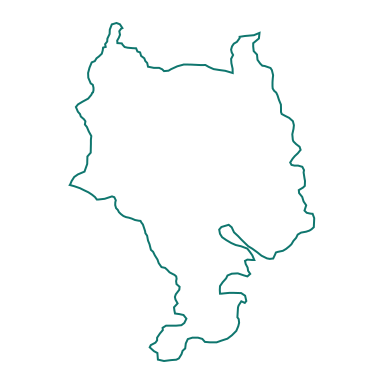 Aradippou, Larnaca, Cyprus
{"feature_id": "46923920B78088096679659", "entity_name": "Aradippou", "entity_type": "district", "adm_level": 2, "iso_a3": "CYP", "parent_name": "Cyprus", "parent_adm1": "Larnaca", "projection": "albers", "projection_center": [33.576, 34.95], "detail": "fine", "context": "isolated", "style": "outline", "palette": "teal", "viewbox_px": 384, "rotation_deg": 0, "n_neighbors": 0, "source": "geoboundaries", "source_scale": "gbopen_adm2", "svg_char_len": 4015}
<svg xmlns="http://www.w3.org/2000/svg" viewBox="0 0 384 384"><path d="M69.8,185.0L74.2,186.2L80.0,188.2L83.8,190.1L88.4,192.3L92.2,194.8L95.0,197.1L96.8,199.5L98.5,199.5L104.7,198.8L112.0,196.4L114.3,197.2L115.8,200.3L115.3,202.3L115.2,205.1L116.1,208.2L117.8,209.9L118.9,212.1L120.8,214.0L123.4,216.0L126.0,217.1L128.9,217.7L131.8,218.6L135.0,220.0L138.6,220.7L140.5,220.9L141.3,222.4L142.9,224.5L144.3,228.7L145.1,231.2L145.4,233.2L147.1,235.7L148.0,240.5L149.5,244.2L150.0,246.2L150.9,249.8L153.1,251.8L154.8,255.3L157.5,259.6L158.7,263.1L161.5,267.1L165.1,267.9L167.3,269.9L169.5,272.3L172.1,273.7L174.5,274.9L176.2,276.4L176.6,278.8L176.1,281.1L176.5,284.1L179.6,286.8L179.3,289.7L175.8,294.3L174.9,297.0L175.5,299.6L177.6,303.4L174.0,307.3L174.4,310.4L175.0,313.5L179.4,314.1L183.5,315.0L186.4,318.7L184.3,323.0L181.4,325.2L175.7,325.7L168.8,325.7L166.0,325.7L162.6,327.8L162.8,330.1L160.0,333.4L157.1,337.7L157.1,340.4L155.4,342.7L150.8,345.1L150.2,346.3L149.7,347.3L154.0,351.2L157.4,353.0L157.9,359.6L164.0,361.0L171.1,360.1L176.3,359.7L178.9,358.4L181.5,354.2L182.6,350.8L185.2,348.4L185.8,343.4L187.8,339.1L192.3,337.7L198.1,337.7L202.3,338.9L204.9,341.9L209.6,342.3L216.7,342.3L221.2,340.7L225.8,339.2L227.4,338.7L231.9,335.3L236.3,330.9L238.3,326.1L239.1,322.8L238.7,319.1L237.4,317.3L237.7,312.3L238.0,307.4L238.6,305.5L241.3,301.3L244.8,302.9L246.3,301.0L245.1,295.7L241.2,293.1L234.5,292.9L229.0,292.9L224.7,293.3L221.0,293.7L220.0,293.7L219.8,289.8L220.0,286.1L222.7,282.2L226.1,278.4L227.5,275.5L231.8,273.7L237.1,273.4L237.9,273.4L243.9,275.4L247.4,276.4L250.2,273.9L248.1,270.8L247.6,267.6L245.7,264.0L245.0,260.9L247.4,259.6L252.2,260.0L254.3,260.0L252.3,255.3L249.9,251.9L247.3,248.6L241.2,246.3L235.7,245.0L231.2,243.0L226.3,240.1L222.1,237.2L220.0,233.8L219.2,229.6L221.4,227.0L228.7,224.8L231.7,227.3L234.0,232.3L238.1,236.1L241.3,239.5L245.7,243.8L248.2,246.2L252.3,248.7L257.4,252.4L261.5,255.7L267.0,258.4L269.8,258.9L273.2,258.5L275.0,254.7L275.9,252.5L277.7,251.9L282.9,250.8L286.1,248.9L289.3,246.3L291.4,244.3L293.5,240.8L296.1,237.9L297.7,234.6L301.1,232.6L306.1,231.7L309.4,230.6L311.5,229.3L313.8,227.2L314.1,220.9L314.2,218.1L312.6,213.8L312.0,213.8L309.8,213.5L306.7,212.8L304.5,210.6L306.2,205.3L303.6,201.5L302.2,196.9L299.1,193.1L298.8,190.1L303.0,187.6L304.8,185.9L305.0,181.0L304.5,178.3L303.6,172.5L304.0,170.1L302.3,166.8L298.1,165.6L294.5,165.6L291.5,164.9L290.2,162.5L292.7,158.6L294.8,156.1L297.9,153.2L299.9,150.7L300.6,149.9L299.6,146.8L296.1,144.1L293.4,141.4L292.8,139.7L292.3,134.3L293.5,128.9L293.9,125.2L292.9,121.2L289.2,117.9L285.4,116.0L281.7,114.0L281.0,112.0L281.0,108.5L280.9,104.6L279.0,100.0L277.5,95.3L276.2,92.6L274.1,90.8L272.7,88.5L272.5,86.2L272.5,82.4L272.7,79.2L273.1,75.2L271.9,70.2L270.5,68.0L264.7,66.0L262.3,65.7L260.2,63.6L257.5,59.8L257.0,54.6L253.7,51.1L253.2,46.5L253.2,43.2L258.9,38.5L259.5,32.9L253.9,35.2L244.9,36.0L239.6,36.8L239.6,38.2L236.9,41.9L233.8,43.7L232.0,46.4L231.1,49.6L231.7,52.4L233.1,55.0L231.1,58.9L231.4,63.2L232.6,68.7L232.7,73.0L225.2,70.8L219.3,70.0L213.6,69.1L208.7,66.9L205.4,65.0L201.3,65.1L190.8,64.6L183.9,64.5L177.3,66.3L171.0,69.2L168.5,70.7L164.0,71.1L162.2,69.3L159.2,67.9L154.0,67.9L148.0,66.7L147.2,63.0L145.3,61.0L144.3,58.3L141.1,55.9L140.1,52.4L137.4,51.5L136.1,48.3L133.1,48.2L127.6,47.7L124.6,47.0L122.5,44.6L121.8,43.4L117.4,43.1L117.2,40.6L118.8,37.8L120.0,34.8L119.3,31.2L121.0,28.8L122.4,28.1L119.9,24.3L116.4,23.0L111.8,24.4L109.8,29.6L109.6,34.0L107.4,38.6L107.2,41.5L105.1,44.2L105.7,46.9L103.1,47.6L102.7,50.5L101.8,53.7L99.0,56.4L96.5,58.3L94.8,61.1L91.7,62.4L89.5,67.7L88.1,73.0L88.3,77.7L90.7,83.4L92.8,84.8L93.5,87.8L93.5,90.2L93.0,92.4L92.3,92.7L91.4,94.7L88.2,98.6L82.5,101.7L78.0,104.4L75.9,107.0L77.9,111.7L80.0,114.1L80.8,116.5L84.0,119.3L85.4,121.3L84.9,124.5L86.9,127.0L88.8,131.5L91.3,136.0L90.9,139.8L90.9,144.0L90.8,148.2L90.7,152.7L87.4,156.5L87.2,164.0L84.5,171.6L77.9,174.4L74.2,177.0L71.6,181.1L70.2,184.4L69.8,185.0Z" fill="none" stroke="#0f766e" stroke-width="2"/></svg>